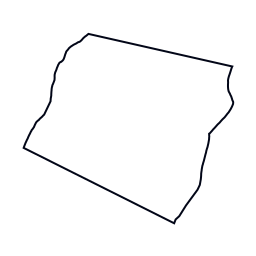 Martin, Choiseul, Saint Lucia, rotated 10°
{"feature_id": "8701671B20776144053651", "entity_name": "Martin", "entity_type": "district", "adm_level": 2, "iso_a3": "LCA", "parent_name": "Saint Lucia", "parent_adm1": "Choiseul", "projection": "robinson", "projection_center": [-61.046, 13.789], "detail": "fine", "context": "isolated", "style": "outline", "palette": "ink", "viewbox_px": 256, "rotation_deg": 10, "n_neighbors": 0, "source": "geoboundaries", "source_scale": "gbopen_adm2", "svg_char_len": 2739}
<svg xmlns="http://www.w3.org/2000/svg" viewBox="0 0 256 256"><g transform="rotate(10 128 128)"><path d="M220.0,49.3L72.7,42.2L72.3,42.7L70.9,44.4L69.9,45.3L69.4,46.0L69.2,46.2L68.7,46.8L68.4,47.3L68.2,47.5L67.9,48.0L67.5,48.8L67.0,49.5L66.7,50.0L66.2,50.6L65.7,51.2L65.5,51.4L65.1,51.7L64.7,51.8L64.1,52.2L63.7,52.4L63.4,52.7L62.9,53.2L62.4,53.7L62.1,53.9L61.8,54.1L61.0,54.7L59.9,55.5L59.3,56.1L58.8,56.6L58.2,57.1L57.5,57.8L57.2,58.2L56.6,58.9L56.2,59.4L55.8,60.0L55.5,60.8L54.4,62.6L54.0,63.3L53.8,64.1L53.8,64.6L53.7,65.0L53.6,65.5L53.4,66.4L53.3,67.4L53.2,68.1L53.1,69.1L53.0,69.7L52.9,70.2L52.6,71.6L52.3,72.3L51.8,73.1L51.0,74.1L50.8,74.4L50.4,74.5L49.9,75.0L49.4,75.4L49.1,75.8L48.9,76.4L48.3,78.0L48.2,78.3L48.0,79.6L47.7,80.6L47.7,80.8L47.5,81.6L47.5,82.0L47.4,82.8L47.1,84.2L47.0,84.6L46.8,85.2L46.7,86.0L46.6,86.4L46.6,87.1L46.5,87.9L46.6,89.0L46.8,90.2L46.9,90.6L47.1,91.7L47.1,92.1L47.2,92.8L47.3,93.7L47.1,94.3L47.1,94.6L46.8,96.1L46.6,97.1L46.5,97.7L46.2,98.6L46.1,99.2L46.1,99.6L46.1,100.1L46.1,100.4L46.0,100.7L46.0,101.0L46.0,101.3L46.0,102.3L46.1,103.6L46.2,104.2L46.2,104.7L46.3,105.6L46.4,106.7L46.6,108.2L46.8,109.6L46.8,110.6L46.8,111.5L46.8,112.4L46.8,112.9L46.9,113.3L47.0,114.6L47.1,115.0L46.9,115.8L43.1,129.4L42.7,129.9L42.1,130.7L41.9,131.1L41.6,131.6L40.9,132.5L40.6,132.9L40.0,133.6L39.3,134.6L38.7,135.7L38.4,135.9L37.9,136.5L37.6,136.9L37.2,137.4L36.9,137.8L36.7,138.2L36.4,138.9L36.2,139.6L35.8,140.9L35.2,143.5L34.6,144.8L34.3,145.5L33.8,146.3L33.5,146.9L33.4,147.3L33.3,147.8L33.0,148.4L32.7,149.5L32.6,149.9L32.4,150.7L32.1,151.5L31.8,152.5L31.6,153.3L31.3,154.4L31.1,155.5L30.8,156.5L30.4,157.7L30.3,158.2L30.2,158.6L29.9,159.7L29.7,160.4L29.6,161.0L29.5,161.4L29.1,163.4L28.7,165.7L29.0,165.8L190.0,213.8L190.8,209.8L193.8,205.9L198.6,194.1L207.2,176.7L208.6,171.6L208.6,165.8L208.4,163.2L208.2,161.5L208.0,160.4L207.9,158.3L207.9,157.2L207.8,155.9L207.8,153.9L207.8,152.3L208.0,151.0L208.1,149.5L208.4,147.2L208.9,140.3L209.1,138.7L209.1,137.0L209.3,135.0L209.6,133.0L209.7,131.1L209.8,129.3L209.8,127.0L209.8,125.0L209.6,123.6L209.5,122.2L209.2,121.1L208.9,119.5L209.4,119.1L209.8,118.5L210.4,117.5L211.4,115.9L212.1,114.6L213.0,113.3L214.0,111.7L215.7,108.9L217.3,106.8L218.4,104.9L219.6,103.0L220.5,101.8L221.3,100.7L222.0,99.4L222.8,97.9L223.4,96.7L224.4,95.1L225.0,93.6L225.7,91.9L225.9,91.4L226.2,90.4L226.5,89.5L226.8,88.4L227.0,87.5L227.3,86.1L227.2,85.0L227.1,84.2L226.8,83.6L226.3,83.0L225.8,82.2L225.4,81.3L224.8,80.2L224.1,78.9L223.2,77.8L222.4,76.5L220.8,74.5L220.0,72.6L219.6,71.2L219.2,69.5L218.9,67.7L218.7,65.9L218.2,63.7L218.2,61.7L218.4,59.4L218.7,57.7L218.9,56.3L219.1,54.9L219.3,53.4L219.5,51.7L219.8,50.0L220.0,49.3Z" fill="none" stroke="#020617" stroke-width="2"/></g></svg>